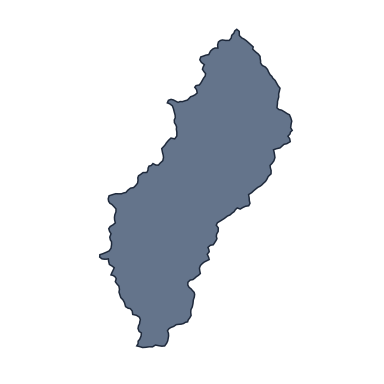 Alvinópolis, Minas Gerais, Brazil (Albers equal-area conic projection), rotated 130°
{"feature_id": "56859067B9010081641280", "entity_name": "Alvinópolis", "entity_type": "district", "adm_level": 2, "iso_a3": "BRA", "parent_name": "Brazil", "parent_adm1": "Minas Gerais", "projection": "albers", "projection_center": [-43.147, -20.111], "detail": "fine", "context": "isolated", "style": "filled", "palette": "slate", "viewbox_px": 384, "rotation_deg": 130, "n_neighbors": 0, "source": "geoboundaries", "source_scale": "gbopen_adm2", "svg_char_len": 4049}
<svg xmlns="http://www.w3.org/2000/svg" viewBox="0 0 384 384"><g transform="rotate(130 192 192)"><path d="M345.4,135.4L344.2,133.0L342.9,129.9L340.7,127.6L338.1,125.3L336.0,122.7L332.7,121.6L331.2,118.8L329.5,116.0L327.5,114.0L324.2,114.2L321.7,114.9L319.9,115.9L317.3,117.4L315.3,119.3L314.1,121.6L311.5,121.8L309.4,121.1L306.7,119.6L303.7,118.8L302.0,117.2L300.1,115.3L298.1,113.9L296.1,113.3L294.3,111.9L292.4,112.7L290.0,112.8L287.2,113.3L285.0,115.6L282.8,117.2L279.9,117.9L276.9,119.5L273.8,121.6L271.0,122.7L268.7,124.2L267.5,125.9L267.2,128.3L266.8,130.6L266.9,132.9L266.0,135.4L263.8,137.1L260.7,136.8L258.5,135.0L256.3,134.5L254.0,134.2L251.7,133.5L249.1,133.2L247.3,135.5L245.5,137.4L242.9,138.3L240.1,138.1L237.7,137.6L235.2,136.5L232.7,135.4L231.4,137.2L229.9,140.3L226.7,140.4L225.2,142.2L224.2,144.2L221.0,143.7L218.8,141.8L216.1,142.1L213.7,142.4L211.7,142.9L210.4,144.8L208.4,146.1L205.4,146.6L202.6,148.8L201.8,152.1L199.2,152.8L195.2,151.4L191.4,150.2L187.6,149.4L185.1,148.1L182.3,147.7L180.0,147.1L177.6,147.4L175.1,147.1L174.1,144.1L171.2,143.1L168.5,141.8L166.1,139.7L163.4,140.3L161.7,142.6L159.8,144.4L157.6,147.0L154.2,145.9L151.0,145.5L148.3,145.0L145.9,144.5L143.9,143.6L141.9,143.1L139.5,142.9L136.6,142.5L134.2,142.8L131.1,143.6L127.3,143.1L124.7,145.2L123.2,147.4L121.5,149.3L118.6,149.1L115.5,149.3L112.3,150.6L110.4,152.7L108.8,154.6L107.3,156.7L104.8,155.3L101.6,152.9L98.6,152.5L96.4,152.2L94.0,150.4L90.3,149.1L88.4,151.4L87.6,154.4L84.7,154.2L82.6,155.1L80.4,154.8L79.4,157.7L77.4,159.0L75.6,160.1L73.6,161.1L71.7,164.0L70.2,167.0L70.8,169.5L71.1,172.2L71.7,176.0L73.0,178.5L72.9,181.0L71.0,182.3L69.3,183.4L67.7,184.7L65.5,185.7L63.5,186.6L61.1,188.7L58.4,190.0L55.9,191.3L55.3,194.3L54.2,197.2L53.1,200.0L52.9,203.2L52.1,205.2L52.0,207.5L50.9,210.4L49.6,213.0L49.1,216.0L49.9,219.5L49.1,222.4L47.5,223.7L45.9,225.6L44.3,227.1L43.7,230.0L43.8,232.7L43.7,234.9L43.6,237.3L41.5,238.4L41.4,241.0L41.3,244.2L41.2,247.7L41.4,250.4L42.0,253.0L41.7,256.3L38.6,259.1L38.6,262.3L41.1,262.8L43.5,262.0L46.4,262.3L49.0,260.9L51.9,260.9L54.3,263.7L56.0,266.5L57.8,267.7L60.1,268.2L62.9,266.9L65.1,264.7L67.0,267.0L69.1,268.0L72.2,268.4L76.0,267.5L78.3,269.4L80.8,270.8L82.9,272.1L85.7,271.0L86.7,268.1L86.5,264.4L89.1,263.8L91.3,262.9L92.1,260.2L92.6,257.7L94.8,256.4L97.4,256.3L100.0,255.8L102.7,255.3L105.3,255.2L107.9,257.3L110.0,257.2L110.7,254.3L112.7,251.7L115.4,252.1L117.9,253.1L119.9,254.3L122.2,254.4L124.5,254.6L126.3,255.8L128.9,257.4L130.4,259.3L132.3,260.3L132.9,262.9L133.4,265.3L134.5,267.6L136.9,269.0L139.6,268.2L138.8,265.9L138.6,262.5L140.1,259.8L141.9,257.3L144.0,254.3L145.9,252.5L148.2,251.9L150.2,250.0L151.0,247.5L152.1,245.6L153.9,244.4L156.0,242.0L158.9,239.6L162.4,239.4L164.2,242.8L167.6,243.2L170.9,243.2L172.9,242.9L174.9,242.9L178.2,243.1L180.7,240.0L182.3,237.7L183.9,236.0L186.8,234.5L190.6,235.0L193.0,235.0L194.6,237.0L195.3,240.2L197.8,240.2L199.8,241.6L201.9,241.0L203.7,239.7L206.1,239.2L208.6,242.0L211.7,242.7L213.9,243.4L216.0,242.6L217.7,240.9L220.2,239.4L223.5,239.3L226.2,239.6L228.6,241.6L231.9,242.3L234.8,242.3L236.4,243.6L238.7,244.9L240.6,247.1L242.3,249.3L244.5,250.8L246.4,252.0L248.2,253.1L251.1,251.8L252.7,249.9L253.4,247.6L253.0,245.4L253.3,242.7L253.8,239.4L256.1,237.5L259.2,236.4L261.3,235.1L263.1,233.4L264.9,230.9L267.9,231.4L271.0,232.5L273.6,232.2L275.1,229.9L276.0,227.2L279.4,226.0L281.2,223.7L281.8,221.7L284.0,219.8L287.1,217.9L290.3,217.6L293.0,218.8L296.7,220.7L299.2,222.3L301.2,220.9L301.1,218.0L299.9,216.1L298.6,214.5L297.0,213.1L298.8,211.2L300.6,208.7L300.1,205.5L300.0,202.9L302.8,202.1L305.3,201.5L307.6,200.8L306.6,198.6L306.4,196.4L307.1,194.3L310.0,193.1L310.7,190.4L311.1,187.5L313.2,185.0L315.6,183.6L317.3,180.9L318.7,178.6L319.0,175.6L320.1,172.7L322.5,169.2L322.1,166.2L321.0,164.3L321.6,161.3L323.9,158.7L322.2,155.4L321.7,151.8L323.0,149.5L324.9,148.6L326.8,147.4L328.8,147.0L331.3,145.6L332.8,142.9L332.5,140.2L334.9,138.5L338.4,137.4L340.9,137.4L342.8,135.8L345.4,135.4Z" fill="#64748b" stroke="#1e293b" stroke-width="1.5"/></g></svg>